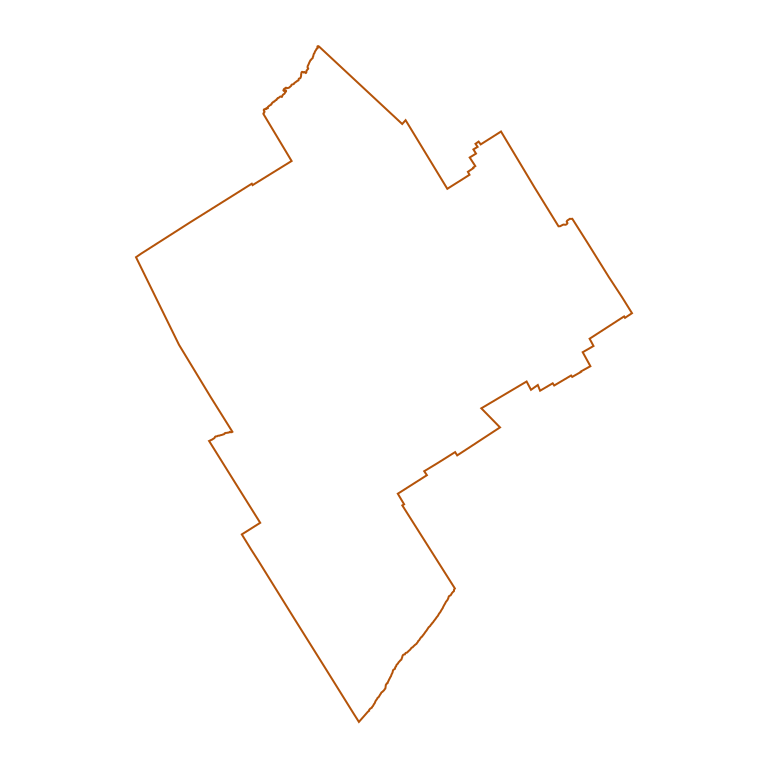 outline of Luján, Buenos Aires, Argentina
{"feature_id": "61730980B60632601419482", "entity_name": "Luján", "entity_type": "district", "adm_level": 2, "iso_a3": "ARG", "parent_name": "Argentina", "parent_adm1": "Buenos Aires", "projection": "orthographic", "projection_center": [-59.164, -34.589], "detail": "fine", "context": "isolated", "style": "outline", "palette": "amber", "viewbox_px": 768, "rotation_deg": 0, "n_neighbors": 0, "source": "geoboundaries", "source_scale": "gbopen_adm2", "svg_char_len": 5979}
<svg xmlns="http://www.w3.org/2000/svg" viewBox="0 0 768 768"><path d="M622.3,297.6L608.8,277.0L587.5,242.8L572.3,218.8L571.9,218.9L569.6,218.9L569.2,219.3L568.9,219.5L567.5,220.4L567.1,220.8L566.7,221.5L566.7,221.8L566.9,222.1L567.3,222.6L567.4,223.3L566.9,223.9L566.6,224.3L566.2,224.5L565.9,224.6L565.2,224.8L564.2,224.6L563.3,224.6L561.2,225.6L560.5,226.1L560.1,226.2L558.5,226.3L534.5,187.4L501.0,131.5L500.4,131.9L480.7,144.4L478.6,141.6L475.5,143.8L477.6,146.9L473.4,149.4L476.0,153.6L469.7,157.5L475.3,166.1L473.2,167.6L473.4,168.1L467.9,171.8L469.5,174.8L447.3,188.8L405.6,120.2L402.2,124.0L319.1,46.6L318.8,46.4L318.1,46.1L317.8,46.2L317.5,46.4L317.4,46.9L317.6,47.2L317.8,47.7L317.7,48.0L317.5,48.3L317.1,48.6L316.8,48.6L316.4,49.1L316.1,49.9L315.6,50.6L315.1,51.3L314.8,52.0L314.6,52.7L314.4,53.2L313.9,53.7L313.6,54.7L313.4,55.3L313.2,56.4L312.8,57.1L312.7,58.0L312.4,58.4L311.7,58.9L311.1,59.6L310.9,60.0L310.5,60.2L310.1,60.9L309.6,62.0L309.3,62.5L309.0,63.3L308.6,64.3L307.7,66.1L307.6,66.6L307.6,67.3L307.6,67.6L308.1,68.2L308.2,68.5L308.1,68.9L307.7,69.2L307.3,69.8L306.6,70.5L306.4,71.5L306.4,72.0L306.3,72.5L306.1,72.8L305.8,73.0L304.9,72.5L304.7,72.2L304.3,72.0L303.9,72.1L303.5,72.4L303.1,72.1L302.8,72.0L302.4,71.9L302.0,71.9L301.7,72.2L301.5,72.5L301.4,72.9L301.3,73.9L301.1,74.4L301.1,75.8L301.0,76.3L300.7,77.3L300.6,77.7L300.1,78.3L299.2,78.5L298.9,78.7L298.7,79.0L298.6,79.5L298.6,80.1L298.4,80.4L298.1,80.6L297.7,80.7L297.3,80.8L296.6,81.5L296.0,81.8L295.4,82.4L294.9,82.6L294.3,83.1L294.0,83.5L293.8,84.0L293.0,84.3L292.0,84.5L291.7,84.7L291.5,85.0L291.3,85.2L291.2,85.7L291.0,86.0L290.5,86.4L290.0,86.8L289.4,87.4L289.0,87.6L288.7,87.8L287.3,88.1L287.0,88.1L286.0,87.7L285.2,88.3L284.7,88.5L283.9,89.2L283.8,89.6L283.6,89.9L283.4,90.3L283.7,90.8L284.4,90.8L285.1,90.3L285.5,90.5L285.9,90.5L286.1,91.0L286.0,91.5L285.6,91.9L285.2,92.2L284.9,92.8L284.8,93.2L284.6,93.5L284.2,93.9L283.4,94.4L283.0,94.7L282.8,95.0L282.4,95.6L282.0,96.8L281.7,96.9L281.2,96.6L280.7,96.5L280.0,96.7L279.1,97.5L278.8,97.7L278.5,97.9L277.7,98.1L277.5,98.5L277.4,98.8L277.0,99.0L276.7,99.2L276.4,100.0L276.1,100.1L275.5,100.3L275.2,100.6L274.3,101.6L273.9,101.7L273.5,101.7L272.9,102.4L272.5,102.6L272.2,102.8L272.0,103.2L271.9,103.5L271.7,103.8L271.4,103.9L271.2,104.6L270.0,105.3L269.7,105.4L269.4,105.6L269.2,105.9L268.9,106.1L268.0,106.8L267.8,107.1L267.9,108.1L267.6,108.3L266.9,108.0L266.4,108.2L266.2,109.0L265.9,109.1L265.4,108.9L265.1,109.0L264.8,109.2L264.2,109.3L263.9,109.6L264.0,110.0L263.8,110.5L264.0,111.0L264.3,111.1L264.5,111.6L264.4,112.1L264.2,112.4L264.1,112.8L263.7,113.0L263.4,113.5L263.4,113.8L263.5,114.1L291.6,161.0L252.6,185.1L251.8,183.7L190.2,222.3L141.2,253.6L136.0,257.2L179.0,344.8L210.7,397.1L232.4,431.8L231.8,432.2L231.0,432.2L230.4,432.2L229.7,431.9L229.4,432.1L228.8,432.6L227.9,432.6L226.9,432.9L225.8,432.9L225.5,433.0L224.7,433.3L224.6,433.7L223.8,434.3L223.1,434.4L222.8,434.6L222.4,434.7L221.6,435.0L220.5,435.2L219.9,435.4L219.6,435.6L219.3,435.7L218.3,435.7L217.9,435.8L217.4,436.1L217.0,436.3L215.8,436.4L215.1,436.8L214.7,437.6L214.5,437.9L213.8,438.5L212.6,439.2L212.3,439.5L211.6,439.8L211.1,440.0L210.4,440.4L210.0,440.5L209.6,440.8L209.1,441.0L234.6,481.9L260.2,522.8L241.8,534.4L251.3,549.8L258.8,561.5L293.4,617.2L324.4,666.7L353.5,713.4L358.9,721.9L367.9,711.7L369.1,710.8L369.0,710.3L369.2,709.9L369.4,709.6L370.1,708.8L370.3,708.6L370.8,708.3L371.7,707.8L371.9,707.5L372.1,707.0L372.3,706.7L372.7,706.3L373.1,705.8L373.6,704.8L373.9,704.2L374.6,703.4L375.4,701.4L375.8,700.7L376.2,700.1L376.7,699.5L377.2,698.7L377.6,697.8L378.0,697.5L378.5,697.3L378.8,696.8L379.2,696.2L380.2,694.5L381.0,693.4L381.2,692.8L381.6,692.3L382.5,691.8L383.0,691.2L383.3,690.9L383.6,690.7L384.0,690.3L384.3,689.9L384.5,689.4L385.3,688.6L385.4,688.2L385.5,687.6L385.6,686.8L385.7,686.0L385.8,685.0L386.4,684.2L386.6,683.6L386.9,683.3L387.3,683.3L387.6,683.1L387.9,682.1L388.3,681.3L388.4,681.0L388.7,680.5L388.9,680.0L389.1,679.4L389.5,678.9L390.1,677.6L390.3,677.1L390.7,676.7L390.9,676.3L391.1,675.9L391.4,674.8L391.6,674.3L392.2,673.3L392.7,671.9L392.8,671.1L393.1,670.2L393.6,669.6L394.6,669.1L395.0,668.7L395.1,668.2L395.1,667.7L395.3,667.2L396.1,666.4L396.2,665.9L396.3,665.4L396.5,665.0L396.9,664.5L397.7,663.8L398.0,663.4L398.3,662.8L398.5,662.4L399.5,661.4L400.5,660.2L401.3,659.7L401.5,659.3L401.7,658.4L401.9,658.0L402.1,657.7L402.2,657.2L402.3,656.8L402.4,656.2L402.9,655.2L403.3,654.8L403.7,654.6L404.4,654.4L404.8,654.4L405.0,654.1L405.2,653.6L405.5,653.2L405.8,652.9L406.9,652.6L407.3,652.4L408.1,651.5L408.3,651.3L410.1,649.7L410.8,648.8L411.2,648.2L411.7,647.7L412.3,647.4L412.6,647.3L413.7,646.1L414.7,645.2L415.0,644.9L415.5,644.5L416.0,644.2L416.5,643.8L416.7,643.4L417.5,642.4L417.9,641.8L418.3,640.9L418.6,640.7L419.0,640.4L419.5,639.7L419.9,639.0L420.1,638.6L421.2,637.2L421.6,636.8L422.0,636.7L422.3,636.4L422.7,635.5L423.6,634.6L423.9,634.1L424.7,633.0L425.5,631.8L426.5,630.6L427.4,629.2L428.7,627.2L429.0,627.0L430.0,626.1L430.4,625.6L431.0,624.6L431.9,623.7L432.1,623.2L433.1,622.3L433.4,621.7L434.0,620.9L435.7,618.7L436.7,617.2L437.6,616.2L438.0,615.6L438.6,614.5L438.9,613.9L439.3,613.3L440.1,612.4L440.4,611.9L441.7,609.6L442.1,609.1L442.4,608.5L442.7,608.2L442.9,607.6L443.3,606.7L443.8,605.8L444.2,605.0L445.0,603.7L445.6,602.5L445.9,601.9L446.9,600.7L447.3,600.2L447.6,599.7L448.3,598.2L448.4,597.8L448.5,597.2L448.8,596.6L449.1,596.1L450.2,595.5L450.6,595.3L450.9,594.9L451.3,594.3L451.5,593.8L452.1,592.9L452.5,592.5L452.8,592.1L453.2,591.7L453.8,591.3L454.0,590.9L454.0,589.8L454.2,589.3L454.5,589.0L454.9,588.5L402.3,505.4L404.1,504.3L397.8,493.7L426.9,475.2L424.2,471.2L437.1,463.4L455.1,452.1L457.2,455.4L500.0,427.4L481.3,408.3L526.6,381.5L531.0,389.8L537.8,385.0L540.1,390.7L552.7,383.3L554.2,385.5L571.1,375.5L572.2,376.9L581.0,371.9L580.8,371.5L590.4,366.2L582.7,352.2L593.5,346.0L589.6,338.7L624.1,316.4L625.0,317.8L632.0,313.2L622.3,297.6Z" fill="none" stroke="#b45309" stroke-width="2"/></svg>